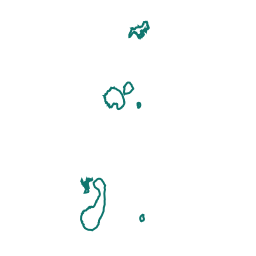 outline of Siau Tagulandang Biaro, Sulawesi Utara, Indonesia, rotated 192°
{"feature_id": "22746128B24839603722983", "entity_name": "Siau Tagulandang Biaro", "entity_type": "district", "adm_level": 2, "iso_a3": "IDN", "parent_name": "Indonesia", "parent_adm1": "Sulawesi Utara", "projection": "equal_earth", "projection_center": [125.379, 2.44], "detail": "fine", "context": "isolated", "style": "outline", "palette": "teal", "viewbox_px": 256, "rotation_deg": 192, "n_neighbors": 0, "source": "geoboundaries", "source_scale": "gbopen_adm2", "svg_char_len": 5897}
<svg xmlns="http://www.w3.org/2000/svg" viewBox="0 0 256 256"><g transform="rotate(192 128 128)"><path d="M148.0,20.7L145.7,20.2L142.5,20.7L141.8,20.5L138.1,24.3L137.6,25.4L137.6,26.1L136.8,27.6L137.1,29.3L136.8,29.6L137.1,31.3L136.8,33.0L136.6,33.2L136.6,33.8L136.1,34.4L136.2,34.7L135.5,36.7L134.6,41.6L135.1,45.0L134.9,48.3L135.8,52.1L135.8,53.0L137.5,58.9L137.7,60.8L137.7,63.0L138.5,64.7L138.4,67.1L139.5,68.0L140.7,69.7L141.9,70.7L143.0,71.9L144.6,72.5L146.0,72.3L146.7,72.0L147.6,71.2L148.7,69.4L149.6,68.7L149.8,67.7L150.2,67.3L149.8,65.9L148.1,63.3L145.0,61.9L144.1,61.7L142.8,59.7L141.8,57.6L141.7,56.6L142.0,55.1L142.6,54.5L142.6,52.7L143.8,49.9L143.5,49.6L143.5,49.2L143.9,48.8L144.6,45.2L145.4,43.6L145.9,43.3L146.5,43.4L146.9,43.1L147.4,43.4L148.0,42.9L148.4,42.9L148.5,42.3L148.9,42.5L149.1,42.9L149.3,42.8L149.4,42.3L149.6,42.4L150.1,41.9L150.1,41.5L149.9,41.4L150.0,40.9L151.0,40.4L151.7,38.8L152.4,38.6L153.0,38.1L153.6,38.1L153.9,37.1L154.5,37.0L154.9,35.9L154.4,35.3L155.2,34.4L155.0,34.2L155.4,31.9L154.9,28.7L153.6,26.6L153.4,27.0L153.1,26.7L153.2,25.8L152.4,24.9L151.5,24.5L151.2,24.3L151.4,23.3L150.4,22.1L149.6,21.6L149.4,21.2L148.0,20.7ZM144.7,149.4L143.6,149.2L143.4,148.9L143.2,147.4L142.5,145.2L141.8,144.6L141.4,144.5L140.1,145.0L139.6,145.7L139.2,145.9L138.8,146.6L138.4,146.8L138.2,147.7L137.5,148.2L136.7,151.0L136.9,152.6L137.2,153.2L137.4,153.1L137.9,154.9L139.1,156.7L139.4,157.5L140.1,158.4L140.5,159.4L141.9,160.5L143.5,162.2L144.3,162.6L146.5,163.2L148.1,164.0L149.7,163.9L150.1,164.6L150.5,164.2L152.1,163.6L152.2,163.8L152.8,163.9L152.9,163.5L152.9,163.0L153.0,162.6L153.2,162.8L153.5,162.0L153.8,161.7L153.7,160.8L154.3,160.2L155.3,159.9L155.3,159.5L155.7,159.0L155.7,157.3L156.1,156.7L156.4,156.5L156.9,156.7L157.2,156.4L157.2,156.1L156.8,155.8L156.8,155.5L157.2,154.7L157.8,154.5L157.6,154.4L157.7,153.9L157.6,153.4L157.1,152.9L156.8,152.9L156.9,152.1L156.6,151.7L156.3,151.6L156.0,150.7L155.9,149.7L155.3,149.0L155.0,149.0L154.9,148.5L154.7,148.7L154.1,148.8L153.6,148.4L153.6,147.7L152.9,147.4L152.8,146.9L152.6,147.2L151.7,147.3L151.2,146.8L151.4,146.4L151.3,146.2L151.5,146.2L151.4,145.4L150.5,144.6L150.4,144.9L150.1,144.7L149.9,145.2L149.3,145.3L148.9,145.0L148.7,145.5L148.2,145.4L148.1,145.7L147.4,148.3L147.1,148.9L146.8,149.1L145.7,148.6L144.7,149.4ZM145.1,223.1L145.8,221.2L145.9,220.1L146.1,219.5L145.6,217.2L145.3,217.3L144.7,218.0L144.2,219.4L143.7,220.3L143.7,220.8L143.3,221.7L142.8,222.1L142.5,222.8L142.2,222.7L141.7,223.0L141.5,222.3L141.4,223.3L141.1,223.2L140.9,222.6L140.7,222.7L140.2,222.2L139.6,222.7L139.2,221.8L138.8,221.8L138.4,221.4L138.2,220.9L137.8,221.0L137.8,220.4L137.5,219.9L137.1,220.2L137.2,220.7L136.8,220.5L136.4,220.7L136.3,221.0L136.5,221.3L136.2,221.5L135.8,220.5L135.5,219.9L135.8,218.7L135.2,218.7L134.9,218.4L134.7,218.9L134.4,219.3L133.5,219.5L133.3,221.6L133.7,221.3L133.5,221.8L133.7,222.9L134.7,222.6L135.0,223.0L134.9,224.3L135.6,225.2L135.6,225.6L135.0,226.2L134.6,225.8L134.4,225.1L134.1,224.9L133.8,225.0L133.7,224.5L133.4,224.4L133.1,225.6L133.1,226.0L133.5,226.1L133.3,226.8L133.0,227.2L132.6,226.4L132.3,226.6L132.0,228.2L131.6,227.3L131.7,227.0L131.4,226.9L131.2,227.3L130.8,227.5L131.2,228.4L130.5,228.7L130.3,228.6L130.0,228.7L130.0,229.2L129.8,229.4L129.8,230.1L129.6,230.4L129.8,231.7L129.7,232.2L130.1,232.5L130.6,232.4L130.7,233.1L130.5,233.5L130.8,233.8L131.1,235.1L131.7,235.8L131.9,235.7L131.9,235.3L132.2,235.0L133.0,235.5L133.6,235.1L134.3,235.0L134.5,234.9L134.5,233.8L134.8,233.1L134.5,232.9L134.5,232.6L135.0,231.9L135.2,230.3L135.7,230.1L136.0,229.8L136.4,229.9L137.2,228.9L138.9,229.7L138.8,229.1L139.1,228.5L140.5,228.2L141.0,227.6L141.4,227.6L141.7,226.3L142.4,226.1L142.9,225.6L143.2,225.6L144.1,226.7L144.8,226.6L145.0,226.4L145.0,226.2L145.3,226.1L144.8,225.7L144.7,225.2L145.2,224.2L145.1,223.1ZM139.4,161.9L138.5,160.6L138.3,161.0L137.6,161.2L137.3,161.0L134.1,162.5L132.9,164.0L132.1,165.7L131.0,167.4L131.1,167.8L133.0,169.8L133.5,170.9L134.6,171.6L135.7,172.7L137.5,172.5L138.5,171.5L138.9,170.3L139.6,169.1L139.7,168.1L140.1,168.0L140.4,167.6L140.4,166.8L139.8,166.3L139.5,164.9L139.6,164.6L139.4,161.9ZM157.4,62.0L157.2,62.0L157.6,60.8L156.9,60.3L156.6,60.3L155.5,62.2L154.8,61.2L154.0,61.3L154.9,63.2L155.5,63.7L155.4,64.2L156.2,64.6L156.4,65.5L155.7,65.7L155.7,66.6L156.0,67.4L154.6,68.1L153.9,68.9L152.9,69.1L152.5,69.4L152.3,70.1L152.6,70.6L152.9,69.8L154.1,69.7L154.3,70.0L154.7,69.7L155.5,70.2L155.8,69.3L156.2,69.8L156.9,69.0L157.6,69.8L157.7,69.0L157.3,68.4L157.2,67.6L158.5,66.5L159.5,65.2L157.8,65.8L157.3,64.9L157.4,63.7L156.9,63.1L157.4,62.5L157.4,62.0ZM96.1,45.7L97.2,44.1L97.4,42.5L96.9,41.0L95.9,39.7L95.4,39.6L94.3,40.5L93.7,40.8L93.4,41.8L93.7,43.0L94.5,43.9L94.8,46.1L95.6,46.2L96.1,45.7ZM123.4,153.5L122.9,153.1L122.8,152.7L122.9,151.5L122.4,151.1L122.4,150.1L121.7,150.0L121.0,150.9L120.7,151.6L120.7,153.0L121.2,154.3L121.7,154.8L122.7,154.9L123.6,154.4L123.8,154.1L123.6,153.3L123.4,153.5ZM154.2,59.3L155.6,59.4L156.5,58.5L156.9,55.7L155.9,56.0L153.7,57.1L153.5,57.9L154.2,59.3ZM133.2,222.4L132.9,221.2L132.7,220.9L132.5,221.1L132.5,221.7L132.1,221.9L131.9,223.0L132.5,223.4L133.1,223.2L133.2,222.4ZM161.6,64.9L161.0,65.2L161.4,66.4L161.7,66.8L161.8,66.7L162.1,67.1L162.0,67.3L162.4,67.8L162.6,66.2L162.4,66.1L162.2,66.5L162.0,65.9L161.8,66.0L161.8,65.2L161.6,64.9ZM131.7,226.3L131.8,225.5L131.7,225.7L131.3,225.7L131.1,226.1L131.0,225.7L130.9,225.7L130.8,226.3L131.0,226.2L131.1,226.5L131.0,227.0L131.7,226.3ZM136.6,220.2L137.0,219.4L136.4,218.7L136.1,219.3L136.5,219.5L136.6,219.8L136.5,219.7L136.1,220.0L136.4,220.0L136.6,220.2ZM129.0,231.1L128.9,230.0L128.7,229.6L128.5,229.9L128.6,230.6L129.0,231.1ZM130.7,227.4L130.4,226.9L130.4,227.2L130.4,227.8L130.7,227.4ZM159.6,64.1L159.2,63.8L159.3,64.1L159.8,64.4L160.0,64.0L159.6,64.1ZM159.7,63.0L159.8,62.8L159.4,62.2L159.2,62.2L159.7,63.0Z" fill="none" stroke="#0f766e" stroke-width="2"/></g></svg>